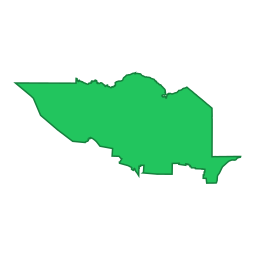 La Libertad, Petén, Guatemala
{"feature_id": "79465075B31281143780542", "entity_name": "La Libertad", "entity_type": "district", "adm_level": 2, "iso_a3": "GTM", "parent_name": "Guatemala", "parent_adm1": "Petén", "projection": "orthographic", "projection_center": [-90.603, 16.998], "detail": "fine", "context": "isolated", "style": "filled", "palette": "green", "viewbox_px": 256, "rotation_deg": 0, "n_neighbors": 0, "source": "geoboundaries", "source_scale": "gbopen_adm2", "svg_char_len": 5300}
<svg xmlns="http://www.w3.org/2000/svg" viewBox="0 0 256 256"><path d="M212.0,108.2L211.6,107.9L208.6,105.3L206.4,103.6L205.6,102.8L204.5,101.9L203.0,100.6L202.9,100.6L202.1,99.8L197.6,96.2L196.0,94.7L195.8,94.7L194.7,93.7L193.9,93.1L192.4,91.7L189.8,89.7L186.9,87.2L186.5,87.3L186.0,87.7L184.9,88.1L184.6,88.2L184.1,88.2L183.8,88.3L182.8,88.7L182.0,89.5L181.5,89.8L180.6,90.2L180.0,90.4L178.9,90.4L178.7,90.6L178.3,91.2L177.7,91.7L177.1,92.4L176.9,92.5L175.7,92.8L174.8,93.0L173.5,93.6L173.0,93.7L172.1,94.0L171.2,93.8L170.2,93.4L169.6,93.5L168.8,93.4L168.7,93.6L168.7,94.1L168.4,94.1L168.2,93.8L167.8,94.0L167.9,94.3L168.0,94.5L167.7,94.7L167.3,94.7L167.0,94.8L166.8,96.4L166.4,97.2L166.5,97.8L166.3,98.0L166.0,98.0L165.8,97.9L165.8,97.6L165.9,97.2L165.7,96.8L164.8,96.7L164.0,96.9L163.3,96.8L163.1,97.0L162.7,96.9L162.0,96.0L162.0,95.8L162.0,95.5L162.3,95.1L162.6,95.0L163.1,95.0L163.5,94.8L164.2,94.9L164.6,95.1L164.8,95.1L165.4,94.7L165.7,94.1L165.7,93.7L165.5,93.3L165.4,93.0L165.0,92.6L165.0,92.4L165.4,92.3L165.4,92.1L165.3,91.3L165.2,90.6L165.1,90.3L165.0,89.7L164.8,89.4L163.9,88.4L163.3,87.9L162.6,87.0L162.0,86.5L161.2,85.6L161.0,85.2L160.8,85.0L160.3,84.8L160.0,84.7L159.6,84.8L159.5,84.7L158.9,84.3L158.8,83.8L158.4,83.5L157.7,83.0L156.9,82.8L156.7,82.6L156.6,82.3L156.5,81.8L156.5,81.7L156.1,81.7L155.8,81.5L155.8,81.4L155.9,81.1L155.7,80.9L155.3,80.9L155.0,80.8L154.9,80.7L154.5,79.8L154.0,79.3L153.6,79.2L152.9,79.0L152.1,78.7L151.1,78.4L150.7,78.1L150.3,77.7L149.8,77.5L148.6,77.3L147.2,77.2L146.3,76.9L145.7,77.1L145.4,77.0L144.2,76.6L143.7,76.1L143.2,76.0L142.5,75.8L142.1,75.6L141.5,75.1L141.0,74.4L140.7,74.1L140.4,73.9L138.9,73.7L137.8,73.5L137.2,73.4L136.4,73.5L135.7,73.3L135.2,73.8L134.8,73.7L134.8,73.4L135.0,73.1L135.1,72.9L134.3,73.2L133.0,73.3L132.4,73.5L131.9,73.8L130.8,74.3L130.0,74.7L129.8,74.8L128.9,74.7L127.9,75.0L126.8,75.1L126.4,75.3L126.1,75.6L125.6,76.3L124.5,77.1L123.6,77.9L123.3,78.4L123.0,79.6L122.7,80.0L122.4,80.4L121.5,80.8L120.7,81.0L120.3,81.2L119.9,81.2L119.1,81.0L116.7,81.7L116.4,81.8L116.0,82.2L115.4,82.5L115.2,82.7L115.2,83.2L115.5,84.0L115.4,85.4L115.3,85.5L114.6,85.4L114.4,85.5L114.5,85.8L114.6,86.3L114.0,86.5L113.5,86.9L113.3,87.0L112.6,87.1L112.4,86.9L112.4,86.7L112.1,86.7L111.7,87.0L111.5,87.4L111.1,87.7L110.9,87.7L110.0,87.3L109.5,86.8L109.3,86.7L108.9,86.6L108.3,86.7L108.1,86.6L107.8,86.3L107.7,86.1L107.6,85.1L107.4,85.0L106.9,85.2L106.5,85.5L105.6,86.4L105.3,86.5L105.2,86.5L105.0,86.1L104.9,85.7L104.7,85.1L104.4,85.0L103.8,84.9L103.6,84.8L103.5,84.5L103.2,84.2L102.4,83.4L101.7,83.0L101.1,82.8L100.6,82.8L100.3,82.9L99.7,83.5L99.4,83.5L98.6,83.4L97.9,83.5L97.3,83.4L97.2,83.3L97.1,83.2L97.3,83.0L97.7,82.9L97.8,82.6L97.5,82.4L97.0,82.2L96.7,82.0L96.7,80.9L96.6,80.7L96.2,80.5L95.8,81.0L95.7,81.0L95.4,80.3L95.4,80.2L95.2,80.1L94.9,80.3L94.8,81.0L94.7,81.1L94.2,81.0L93.9,81.0L93.4,81.2L93.1,81.5L92.6,81.6L92.1,80.9L91.9,80.9L91.7,81.1L91.7,81.9L91.2,81.8L91.0,82.2L91.1,82.9L91.1,83.1L90.5,83.2L89.1,83.1L88.9,83.2L88.6,83.9L88.5,84.1L88.3,84.2L87.7,84.3L86.5,83.8L85.7,83.6L85.3,83.4L84.9,83.0L83.9,82.9L83.1,82.4L82.6,81.8L81.8,81.9L81.0,81.3L80.3,81.3L80.0,81.2L79.6,80.8L79.5,80.4L79.4,80.3L79.1,80.2L78.9,80.4L78.8,80.6L78.6,81.4L78.4,81.5L78.2,81.3L77.8,81.0L77.3,80.3L77.2,79.8L77.0,78.6L76.7,78.5L76.1,78.4L76.0,83.2L43.4,83.1L15.4,83.0L30.8,95.8L33.4,98.3L40.6,115.3L57.8,130.0L72.7,141.3L85.1,142.5L85.2,142.2L86.0,141.9L86.2,141.5L86.8,141.4L87.1,141.3L87.6,141.2L87.8,141.0L88.2,140.6L88.5,140.0L88.5,139.7L88.2,139.7L88.2,139.4L88.5,139.5L88.6,139.4L88.7,139.2L88.9,139.0L88.9,138.9L89.0,138.8L89.2,138.7L89.3,138.6L89.3,138.3L89.5,138.4L89.6,138.5L89.8,138.6L89.9,138.3L90.0,138.4L90.1,138.2L90.5,138.0L90.5,137.8L90.6,137.7L90.7,137.9L90.8,138.1L91.0,138.2L91.4,137.9L92.9,138.7L94.9,140.2L96.5,141.7L98.0,143.6L100.0,146.2L112.6,148.5L112.1,156.1L119.1,156.3L120.8,158.3L121.8,158.8L119.8,162.2L119.4,162.2L119.5,163.2L128.1,165.6L131.7,167.5L131.5,169.2L132.8,170.1L133.3,170.3L133.7,169.3L134.3,168.5L135.1,169.2L134.8,169.9L136.8,172.7L137.2,173.1L137.4,173.5L138.7,175.6L138.9,168.1L139.2,168.1L139.0,166.3L140.6,166.3L140.6,165.3L143.9,165.3L143.6,170.2L143.4,172.6L142.9,172.9L157.0,174.1L172.1,174.2L172.3,163.4L179.1,163.3L178.9,164.3L185.7,165.3L185.8,163.8L186.3,163.9L186.3,164.5L187.3,164.5L187.3,164.0L188.6,164.4L188.6,164.8L190.2,165.5L190.0,166.5L190.9,166.6L191.4,167.8L194.1,167.8L194.8,168.0L194.9,167.9L195.3,167.9L195.4,168.6L195.8,168.7L202.2,168.9L202.1,169.1L204.9,169.3L204.8,172.0L204.2,172.0L204.1,174.9L203.3,174.9L203.2,178.3L206.2,178.4L206.7,183.1L216.1,183.0L216.4,182.8L216.8,181.4L217.1,180.5L217.4,176.5L217.5,176.0L217.7,175.5L218.1,174.8L219.3,173.2L220.1,171.6L221.9,167.9L222.3,167.1L222.9,166.4L224.6,164.9L227.1,162.6L228.3,161.6L229.7,160.7L229.9,160.6L230.5,160.6L231.4,160.1L232.3,160.0L234.8,160.1L235.2,160.0L235.7,159.8L236.0,159.6L236.6,158.9L237.1,158.2L237.5,158.0L237.8,157.8L238.1,157.8L238.6,157.6L239.3,157.4L240.2,157.3L240.4,157.2L240.5,157.0L240.6,156.5L238.6,156.5L237.1,156.5L235.3,156.5L234.9,156.5L224.6,156.6L220.4,156.6L216.9,156.7L215.5,156.6L213.4,156.7L212.0,156.7L212.1,127.6L212.1,127.4L212.1,119.3L212.1,118.7L212.0,118.4L212.0,117.7L212.1,116.5L212.0,116.3L212.1,116.2L212.0,108.2Z" fill="#22c55e" stroke="#15803d" stroke-width="1.5"/></svg>